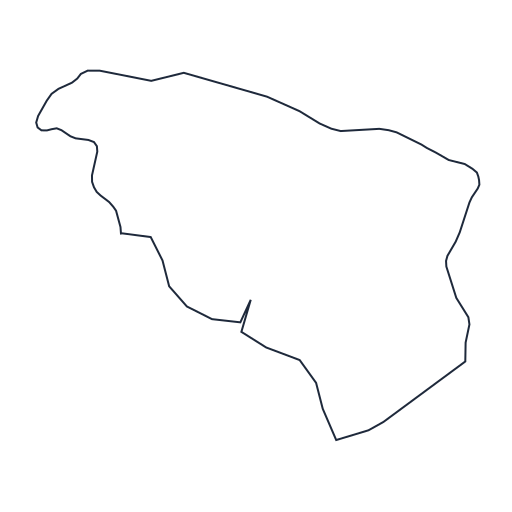 Samut Songkhram, Albers equal-area conic projection, rotated 91°
{"feature_id": "THA-424", "entity_name": "Samut Songkhram", "entity_type": "Province", "adm_level": 1, "iso_a3": "THA", "parent_name": "Thailand", "parent_adm1": "", "projection": "albers", "projection_center": [99.94, 13.375], "detail": "fine", "context": "isolated", "style": "outline", "palette": "slate", "viewbox_px": 512, "rotation_deg": 91, "n_neighbors": 0, "source": "natural_earth", "source_scale": "10m", "svg_char_len": 1116}
<svg xmlns="http://www.w3.org/2000/svg" viewBox="0 0 512 512"><g transform="rotate(91 256 256)"><path d="M438.6,172.6L407.6,186.6L381.8,193.7L359.3,210.5L347.3,244.2L332.1,269.3L299.9,260.5L322.6,270.5L319.9,298.9L307.7,324.2L287.8,342.3L262.1,349.4L238.9,361.6L235.7,390.0L235.9,391.4L229.4,392.0L213.2,396.7L209.2,399.6L204.6,403.8L198.2,412.5L194.7,416.4L190.1,419.2L184.7,421.2L178.3,421.4L154.4,416.5L149.0,417.0L144.9,420.0L142.9,425.6L141.5,438.4L139.5,443.7L133.6,452.7L131.8,457.5L132.8,462.6L134.1,467.3L134.1,472.7L131.3,476.6L126.4,478.1L119.8,476.3L104.3,467.9L97.4,463.2L92.3,456.4L85.9,443.0L81.7,437.8L77.0,434.3L73.6,427.5L73.4,415.7L82.7,363.8L74.1,331.4L96.5,247.8L110.5,214.9L122.4,194.7L127.4,182.9L129.6,173.5L126.7,134.9L127.9,125.5L129.9,117.6L141.7,92.5L145.1,86.9L149.4,78.1L156.7,64.9L160.4,48.9L165.1,41.0L168.7,36.6L172.7,35.1L176.3,34.3L180.8,33.9L184.7,35.5L193.5,41.2L198.7,43.5L228.8,52.7L238.2,56.6L252.5,64.6L257.6,65.9L263.2,65.5L294.4,55.0L313.5,42.6L320.7,41.4L338.9,44.9L357.8,44.9L419.7,125.7L428.3,140.5L438.6,172.6Z" fill="none" stroke="#1e293b" stroke-width="2"/></g></svg>